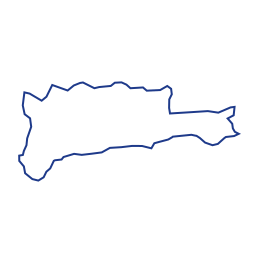 the district of Naryn, Naryn, Kyrgyzstan, rotated 357°
{"feature_id": "92254566B90021194946204", "entity_name": "Naryn", "entity_type": "district", "adm_level": 2, "iso_a3": "KGZ", "parent_name": "Kyrgyzstan", "parent_adm1": "Naryn", "projection": "albers", "projection_center": [76.24, 41.45], "detail": "fine", "context": "isolated", "style": "outline", "palette": "blue", "viewbox_px": 256, "rotation_deg": 357, "n_neighbors": 0, "source": "geoboundaries", "source_scale": "gbopen_adm2", "svg_char_len": 1102}
<svg xmlns="http://www.w3.org/2000/svg" viewBox="0 0 256 256"><g transform="rotate(357 128 128)"><path d="M80.4,152.4L90.1,151.8L100.5,151.0L108.9,146.9L120.3,146.8L131.2,146.1L141.1,146.7L150.3,149.5L153.5,144.6L158.5,143.5L167.6,141.6L171.7,139.5L172.3,139.0L190.9,138.1L195.8,139.4L196.0,139.4L199.3,141.8L204.2,146.6L211.5,149.6L216.9,148.6L223.7,143.1L225.3,142.1L233.5,141.6L238.3,139.6L234.5,137.4L232.7,133.9L232.3,129.2L228.0,123.7L234.2,120.8L235.5,112.5L231.5,112.8L219.0,117.4L208.6,115.3L191.6,115.5L170.7,115.7L170.1,110.1L170.7,101.6L173.5,96.6L173.1,91.1L169.4,88.1L162.1,91.8L148.7,91.7L145.1,88.3L132.5,88.4L128.7,84.6L123.9,82.1L117.2,82.1L113.0,85.1L101.4,85.6L96.5,86.5L85.4,80.2L82.5,80.5L76.1,82.7L69.7,87.4L54.6,81.1L48.2,92.5L43.2,96.2L35.8,91.3L31.6,88.5L26.4,87.0L24.1,99.9L25.5,108.8L30.7,113.2L31.4,121.7L26.8,133.0L25.7,139.9L22.8,145.5L21.6,149.4L17.9,149.9L17.7,155.2L22.0,160.9L22.9,167.8L29.8,174.0L35.7,175.8L41.2,172.8L44.2,167.4L48.2,164.3L52.2,156.9L53.4,156.4L60.0,156.0L62.1,153.6L72.8,151.0L80.4,152.4Z" fill="none" stroke="#1e3a8a" stroke-width="2"/></g></svg>